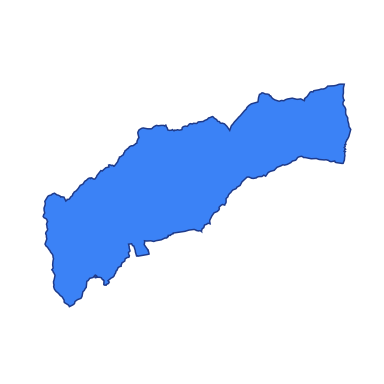 Dofteana, Bacau, Romania, rotated 193°
{"feature_id": "2599482B75140484228635", "entity_name": "Dofteana", "entity_type": "district", "adm_level": 2, "iso_a3": "ROU", "parent_name": "Romania", "parent_adm1": "Bacau", "projection": "mercator", "projection_center": [26.493, 46.301], "detail": "fine", "context": "isolated", "style": "filled", "palette": "blue", "viewbox_px": 384, "rotation_deg": 193, "n_neighbors": 0, "source": "geoboundaries", "source_scale": "gbopen_adm2", "svg_char_len": 5993}
<svg xmlns="http://www.w3.org/2000/svg" viewBox="0 0 384 384"><g transform="rotate(193 192 192)"><path d="M249.3,243.6L254.0,243.4L255.4,242.7L257.5,240.7L257.8,239.8L258.2,238.0L257.8,236.6L255.9,232.9L256.4,232.3L257.0,229.2L256.8,228.2L256.8,227.1L257.8,226.5L258.1,225.8L259.9,223.8L261.6,223.3L263.2,222.0L263.3,221.3L263.8,220.7L263.9,220.1L264.7,219.6L265.3,218.4L266.5,217.3L266.7,215.5L267.2,214.6L267.2,213.4L267.5,212.5L267.9,212.3L269.2,210.6L270.6,209.7L270.5,208.3L271.0,207.4L271.2,204.8L273.5,199.8L274.2,199.9L274.4,199.6L275.0,200.1L275.9,200.1L276.3,199.7L278.2,200.0L279.3,199.5L278.6,197.7L281.5,196.2L284.2,192.3L285.6,192.4L288.3,186.6L288.5,185.1L289.5,182.9L290.0,182.6L291.1,182.5L292.9,183.2L293.7,182.5L293.8,182.9L295.1,182.5L296.1,181.8L297.7,179.4L298.5,178.9L299.4,177.1L299.7,175.7L300.7,174.6L302.4,173.3L303.6,169.9L305.1,167.1L306.8,165.4L307.2,164.1L307.7,163.2L307.7,161.6L309.2,159.7L309.7,158.0L310.3,157.2L312.0,156.7L312.0,156.0L312.9,154.8L315.6,158.2L318.0,158.0L318.8,157.6L319.2,158.2L321.4,158.8L322.9,158.8L325.7,159.9L327.6,158.7L328.4,157.5L330.6,156.3L331.5,155.3L333.3,149.8L332.4,147.9L332.2,146.3L332.6,142.9L332.1,142.1L332.2,141.4L330.8,138.4L330.9,137.7L331.4,136.8L331.5,134.6L330.4,133.7L328.1,133.1L327.0,132.2L326.7,131.2L326.1,130.9L326.2,129.6L326.5,129.1L326.5,127.7L325.9,126.8L325.1,124.4L324.3,123.5L324.3,122.1L325.1,120.3L325.3,119.5L325.2,118.4L324.3,117.3L324.0,116.6L323.8,115.5L322.9,113.6L323.5,108.2L322.2,106.6L320.4,105.7L318.1,103.5L317.5,103.2L316.3,101.7L313.9,99.8L313.1,98.6L312.8,97.4L311.9,95.8L311.9,93.5L311.4,89.6L310.3,87.0L310.3,86.2L311.1,84.7L309.5,83.5L309.1,82.6L308.1,81.8L306.7,79.9L306.6,75.5L306.8,73.5L306.2,71.5L305.5,70.4L305.6,69.0L305.2,68.1L304.2,66.4L302.4,64.8L299.3,63.2L297.1,61.5L294.9,60.6L292.4,58.0L292.1,57.3L291.9,56.3L291.5,55.6L287.1,54.1L286.3,53.5L285.7,52.7L282.8,55.1L281.8,56.2L281.4,57.0L281.4,59.0L279.3,61.4L276.3,63.4L275.7,65.4L275.9,70.2L274.8,72.0L274.4,73.6L273.6,75.3L274.4,81.3L273.3,82.3L272.2,84.9L269.2,86.4L267.6,89.3L266.5,89.0L265.7,88.5L266.0,87.8L267.2,87.4L267.2,86.8L266.9,86.7L264.8,87.7L262.6,88.1L261.0,88.0L259.8,86.7L259.1,86.4L258.6,86.5L258.4,86.0L257.8,85.8L257.1,81.9L256.7,81.7L255.9,81.6L254.6,82.0L254.6,82.5L254.3,82.9L252.8,84.1L252.4,85.6L253.9,86.7L251.3,90.1L249.9,91.2L249.0,92.8L248.9,94.2L248.2,96.1L248.3,97.7L247.5,98.7L247.5,99.4L247.1,100.7L247.0,101.8L245.3,103.3L244.4,103.6L244.3,103.8L244.4,104.0L244.6,105.5L244.3,106.1L244.4,107.0L242.0,109.6L242.1,111.7L241.9,112.2L241.6,112.3L240.4,113.6L238.9,114.2L238.7,114.6L238.7,115.9L239.7,117.1L240.3,118.9L239.2,120.2L239.2,120.8L240.6,123.4L240.9,124.6L242.1,126.9L239.2,128.0L237.9,126.4L236.6,126.3L234.1,122.2L233.7,120.9L231.6,117.2L230.7,117.6L230.3,117.3L222.0,120.8L219.9,121.8L219.9,122.0L221.5,125.3L221.7,125.1L222.0,125.7L226.7,129.9L226.9,132.8L227.3,133.8L225.3,134.0L221.2,135.2L218.1,135.2L216.2,136.4L211.2,138.5L208.1,141.0L206.3,141.5L205.9,142.5L205.7,142.5L205.7,143.1L205.1,143.3L205.3,144.4L203.5,144.8L203.6,145.1L202.9,145.7L202.3,146.0L201.6,147.0L200.9,147.2L201.0,147.8L190.0,152.1L186.4,154.2L181.5,156.0L179.6,155.8L179.3,155.5L176.9,155.5L176.5,155.8L174.8,156.1L173.8,155.6L174.0,156.1L173.8,158.5L172.5,159.9L172.4,162.6L170.4,163.9L169.7,164.9L169.0,165.2L167.2,165.1L168.2,167.4L168.3,168.7L167.2,173.3L165.8,176.7L163.0,178.7L161.7,180.7L161.6,181.9L162.1,182.6L162.1,183.4L160.7,185.6L159.5,186.7L157.2,186.6L157.2,187.3L156.7,188.4L156.5,189.8L157.3,193.2L157.1,193.7L156.0,195.2L155.8,197.3L155.1,198.9L154.1,200.2L153.4,202.0L152.5,203.3L150.0,205.0L149.6,205.6L149.4,206.7L146.6,209.2L145.6,213.1L141.7,218.9L139.9,219.4L136.9,218.8L135.3,219.0L132.5,220.2L131.9,221.1L130.5,222.0L127.4,222.8L125.8,224.6L123.8,224.0L122.1,228.2L120.2,229.8L116.8,231.6L114.7,235.2L111.2,237.5L109.6,239.0L107.9,239.0L105.4,240.3L102.4,242.8L101.2,244.7L98.3,246.2L97.7,247.0L97.0,249.0L96.5,249.7L95.4,250.5L93.4,251.4L92.2,251.3L91.1,250.7L89.1,251.1L83.3,251.2L78.4,252.6L75.4,252.3L70.4,253.0L68.6,253.6L66.2,253.5L64.8,252.9L63.4,252.8L59.9,254.3L59.1,253.2L58.2,253.1L52.1,253.6L51.2,253.9L50.7,257.4L51.2,260.7L51.1,261.6L51.9,263.7L52.1,265.1L51.7,265.8L52.9,266.0L52.6,266.6L52.7,267.6L52.0,268.2L53.7,269.6L53.0,270.8L53.7,272.4L52.8,272.9L53.4,274.2L53.4,275.1L52.8,277.3L52.9,277.6L52.4,278.4L51.7,281.1L51.4,288.7L53.7,291.0L54.6,293.6L56.4,296.8L56.9,299.2L59.6,302.2L60.3,304.4L60.8,307.2L62.1,309.0L64.0,310.6L64.7,311.5L65.0,313.4L64.7,314.7L64.3,315.6L65.5,317.0L66.5,319.3L66.7,320.8L66.7,322.4L67.9,327.5L67.9,331.3L71.9,330.4L73.0,330.0L75.4,328.4L77.7,327.4L83.6,325.7L84.5,324.1L85.7,322.8L87.4,321.8L89.3,321.4L91.2,320.2L96.1,318.1L96.7,316.7L98.3,316.6L99.3,315.9L101.3,310.9L103.3,308.4L103.0,306.8L103.1,306.2L107.0,307.2L109.8,306.1L110.9,305.9L115.4,306.0L119.9,304.1L121.8,302.9L123.0,301.6L125.5,301.3L127.5,300.0L132.0,300.4L134.2,301.1L135.8,302.1L136.7,303.1L137.4,303.4L137.8,303.2L138.6,303.8L138.8,304.3L140.4,304.4L142.6,304.0L145.1,304.5L146.2,304.3L147.2,302.9L148.2,302.3L148.4,298.8L148.0,294.9L148.1,294.5L154.1,291.2L156.2,288.9L157.5,286.7L157.8,285.0L159.1,283.1L162.2,277.0L163.5,275.2L163.9,274.2L166.5,269.7L167.4,267.5L168.0,266.5L168.6,265.2L169.1,260.5L172.7,263.8L175.7,265.7L177.9,265.9L179.1,265.5L180.2,265.7L180.6,266.3L181.4,266.8L182.6,266.6L183.3,267.0L184.3,268.1L186.8,268.9L188.4,270.0L189.1,270.1L191.3,268.5L192.5,267.9L193.5,266.1L195.7,264.6L197.0,263.2L201.6,261.7L201.9,261.4L202.6,260.1L203.0,259.8L205.9,259.3L207.1,258.3L208.8,258.3L209.8,257.7L211.3,254.9L213.4,254.7L215.0,253.8L215.7,253.1L216.1,252.0L215.8,251.1L215.9,250.5L218.1,249.4L220.2,249.4L221.5,248.5L222.7,248.5L223.0,247.8L223.5,247.6L225.1,248.4L226.0,247.5L228.1,246.9L229.5,247.0L230.5,248.8L231.6,249.7L232.5,251.3L232.8,251.2L233.6,250.2L234.7,250.5L237.2,249.9L239.5,249.0L241.7,248.9L243.7,247.2L244.9,245.6L245.1,245.0L245.9,244.4L249.3,243.6Z" fill="#3b82f6" stroke="#1e3a8a" stroke-width="1.5"/></g></svg>